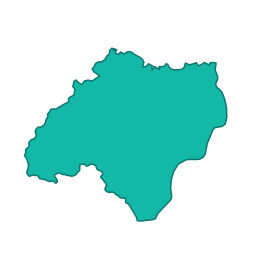 SVG path tracing the border of Branicevski, rotated 106°
{"feature_id": "SRB-279", "entity_name": "Branicevski", "entity_type": "District", "adm_level": 1, "iso_a3": "SRB", "parent_name": "Republic of Serbia", "parent_adm1": "", "projection": "mercator", "projection_center": [21.622, 44.446], "detail": "fine", "context": "isolated", "style": "filled", "palette": "teal", "viewbox_px": 256, "rotation_deg": 106, "n_neighbors": 0, "source": "natural_earth", "source_scale": "10m", "svg_char_len": 5960}
<svg xmlns="http://www.w3.org/2000/svg" viewBox="0 0 256 256"><g transform="rotate(106 128 128)"><path d="M97.4,35.6L97.5,35.7L100.6,38.1L103.6,44.5L106.5,45.9L121.2,47.5L131.8,46.6L135.2,47.6L138.2,50.5L139.7,54.4L140.8,58.8L142.4,63.2L148.7,69.6L157.2,72.1L166.2,72.1L173.9,70.5L180.3,67.7L183.3,66.9L186.1,67.5L201.8,75.7L207.3,76.6L209.0,78.4L213.9,90.1L214.6,93.5L211.2,95.5L206.2,100.8L204.6,102.7L203.1,104.0L201.6,105.9L201.0,106.7L200.7,107.3L200.6,107.8L200.6,108.9L200.5,109.4L200.2,109.7L199.9,109.9L199.6,110.0L198.5,110.1L197.6,110.4L197.1,110.7L196.6,111.1L196.1,111.7L196.5,112.5L196.8,113.1L197.0,113.7L197.1,114.5L197.0,115.3L197.0,116.5L196.9,116.8L196.8,117.2L196.1,118.1L195.9,118.5L195.7,119.4L195.4,121.1L195.2,121.5L195.0,121.8L194.3,122.8L194.1,123.1L194.0,123.5L193.9,124.1L193.9,124.6L193.9,125.2L194.0,125.7L194.8,127.6L195.1,128.7L195.2,129.3L195.2,129.8L195.1,130.3L194.4,132.2L194.1,132.6L193.8,133.0L193.5,133.1L193.1,133.2L192.6,133.3L191.5,133.3L190.9,133.2L189.6,133.0L189.1,133.0L188.3,133.2L187.9,133.5L187.2,134.2L187.0,134.5L186.5,135.5L186.1,136.1L185.7,136.5L185.1,136.9L184.8,137.3L184.6,137.7L183.7,139.6L183.3,140.3L183.0,140.5L182.7,140.6L182.2,140.7L181.9,140.6L180.2,139.9L179.7,139.8L179.2,139.8L178.7,139.9L178.3,140.0L177.7,140.4L177.4,140.7L177.2,141.0L177.0,141.4L176.9,142.0L176.7,144.7L176.6,145.3L176.3,146.0L176.0,146.5L175.7,146.9L175.2,147.2L174.0,147.9L173.6,148.2L173.2,148.9L172.9,149.5L172.7,150.2L172.7,151.5L172.7,152.8L172.9,153.4L173.0,153.8L173.3,154.1L173.5,154.4L175.1,155.7L175.6,156.4L175.9,157.1L176.0,157.6L175.9,158.1L175.7,158.6L175.1,159.5L174.9,160.0L174.9,160.5L175.0,161.1L175.9,162.9L176.4,164.2L178.4,163.7L180.9,163.0L181.4,162.9L182.0,162.9L182.5,163.0L183.0,163.1L183.4,163.4L184.3,164.2L185.0,164.4L186.1,164.7L186.9,165.1L187.5,165.5L189.1,167.3L189.5,168.1L189.9,169.3L190.0,169.8L189.9,171.0L189.9,171.5L190.4,173.3L190.4,173.8L190.2,175.0L190.1,175.7L190.2,176.1L190.5,176.9L190.6,177.5L190.6,178.2L190.6,178.9L190.2,180.8L190.2,181.9L190.3,182.4L190.5,182.8L190.7,183.0L191.9,184.0L192.6,184.8L193.0,185.3L193.4,185.6L193.7,185.6L194.0,185.6L194.5,185.3L194.9,185.0L195.5,184.2L196.7,182.6L197.1,182.2L197.5,181.8L197.9,181.6L198.6,181.2L199.0,181.1L199.4,181.1L200.1,181.4L200.4,181.6L200.6,181.9L200.8,182.3L200.9,182.6L200.8,183.0L200.7,183.3L200.0,184.2L199.9,184.5L199.8,184.9L199.8,185.4L199.9,185.7L200.1,186.6L200.8,188.1L201.0,189.1L201.1,189.6L201.1,190.2L201.0,190.8L200.7,192.1L200.6,193.2L200.7,195.6L200.8,196.8L201.0,197.6L201.0,198.1L201.0,198.6L200.8,199.2L200.5,199.8L200.1,200.3L199.2,201.0L198.8,201.5L198.7,201.8L198.7,202.1L198.7,202.5L199.1,203.4L199.2,204.0L199.4,206.0L199.6,206.7L199.7,207.1L199.9,207.4L201.2,208.7L201.4,209.1L201.5,209.6L201.4,209.9L201.2,210.3L200.3,211.7L199.8,212.3L199.5,212.6L199.1,212.8L198.7,212.9L198.1,213.0L196.7,213.1L193.2,213.1L192.5,213.1L191.5,213.3L190.6,213.7L189.5,214.3L188.4,214.9L187.6,215.4L185.7,216.8L185.3,217.2L184.1,218.7L183.6,219.2L183.1,219.6L182.8,219.7L182.4,219.8L181.8,219.8L180.0,219.5L179.4,219.6L177.9,220.2L177.0,220.4L176.7,220.3L175.2,219.4L173.4,218.2L172.9,218.0L172.3,218.1L170.3,219.0L169.8,219.1L169.3,219.2L169.0,219.1L168.2,218.9L167.0,218.4L166.1,217.8L165.0,216.5L164.1,215.3L163.8,214.9L163.5,214.8L162.6,214.5L160.9,214.2L160.4,214.3L160.0,214.4L159.6,214.5L158.3,215.5L157.3,216.0L156.8,216.2L155.9,216.3L155.2,216.2L154.3,215.8L152.9,215.3L152.6,215.1L152.2,214.8L151.8,214.4L151.7,214.1L151.3,212.3L151.1,211.9L150.8,211.6L148.8,210.0L148.3,209.7L147.5,209.3L146.6,209.0L145.7,208.9L145.2,208.9L143.9,209.0L142.9,209.1L142.3,209.0L140.4,208.4L139.7,208.3L139.0,208.3L138.3,208.4L137.4,208.9L136.7,209.0L136.2,208.9L135.8,208.7L134.0,207.9L132.6,207.7L131.8,207.4L131.1,207.0L130.9,206.7L130.7,206.3L130.5,205.5L130.0,203.9L129.7,202.5L129.6,202.2L129.3,201.8L128.7,201.4L127.6,200.8L127.2,200.4L126.7,199.8L126.0,198.7L125.3,198.2L124.0,197.2L121.7,195.0L120.5,193.4L119.6,192.3L118.5,192.7L117.4,193.0L116.5,193.1L115.7,193.0L115.3,192.8L114.1,192.0L113.6,191.6L112.6,190.3L112.1,189.9L111.8,189.7L111.1,189.3L110.7,189.2L110.2,189.2L106.8,189.5L106.1,189.6L105.7,189.8L105.3,190.0L104.8,190.4L104.4,190.8L104.1,191.1L103.7,192.0L103.5,192.4L103.3,192.5L100.5,192.5L99.1,192.7L98.5,192.7L98.0,192.6L97.6,192.5L97.0,192.1L96.7,191.9L96.4,191.3L96.4,190.9L96.5,190.5L97.4,189.3L97.7,188.7L98.2,187.2L98.8,185.8L98.9,185.3L98.9,184.9L98.7,184.5L98.5,184.1L98.1,183.8L97.7,183.7L96.3,183.5L95.8,183.3L95.1,183.0L94.7,182.6L94.1,181.4L93.2,180.0L93.0,179.5L92.9,179.0L92.9,178.5L93.0,177.8L93.1,177.2L93.0,176.7L92.7,176.0L92.3,175.3L92.0,174.8L91.5,174.3L89.6,172.9L85.8,169.6L85.0,171.7L84.4,172.8L84.2,173.5L83.7,175.4L83.4,176.1L82.9,176.8L81.5,178.3L81.3,178.5L81.0,178.6L80.7,178.6L80.2,178.5L78.9,177.7L78.5,177.5L77.5,177.3L75.8,177.1L75.2,177.0L74.5,176.6L73.4,175.6L72.7,174.6L72.5,174.1L72.3,173.6L72.0,172.1L71.8,171.7L71.6,171.4L69.6,169.9L67.9,168.9L67.4,168.7L66.9,168.5L65.2,168.3L64.7,168.2L64.2,168.0L63.9,167.8L63.2,167.1L62.7,166.8L62.1,166.6L61.4,166.5L60.6,166.5L58.3,166.9L55.8,165.6L55.8,163.9L57.0,163.9L57.0,162.4L55.8,162.4L55.8,160.6L58.9,160.9L60.2,159.5L59.6,157.5L57.0,155.8L57.8,152.8L57.1,151.3L55.7,150.4L54.6,149.0L54.1,146.5L54.3,145.2L55.0,143.7L55.8,140.8L56.6,136.8L57.8,133.2L60.4,130.9L65.3,130.8L64.7,129.0L63.7,127.7L62.3,126.7L60.6,125.9L61.8,120.9L63.2,121.9L63.7,121.8L64.1,121.3L65.3,120.9L64.4,120.4L63.8,119.9L63.2,119.4L61.8,119.1L62.6,115.3L62.9,114.1L61.8,114.1L60.5,115.0L59.8,112.7L58.5,109.9L55.8,109.1L55.8,107.5L58.2,105.2L59.4,102.7L59.4,99.7L58.2,95.9L56.8,92.7L55.4,91.2L53.4,90.7L49.8,90.7L50.3,86.1L46.5,80.2L48.7,77.4L47.8,76.2L45.3,73.6L43.9,72.6L44.2,71.4L44.8,68.5L45.2,67.4L43.3,67.2L42.0,65.9L41.5,63.8L41.4,61.2L48.5,60.1L52.9,56.6L54.5,55.6L56.8,55.4L61.2,55.8L63.4,54.9L64.9,52.7L66.1,49.9L67.8,47.5L73.6,43.0L81.7,38.8L90.3,36.0L97.4,35.6Z" fill="#14b8a6" stroke="#0f766e" stroke-width="1.5"/></g></svg>